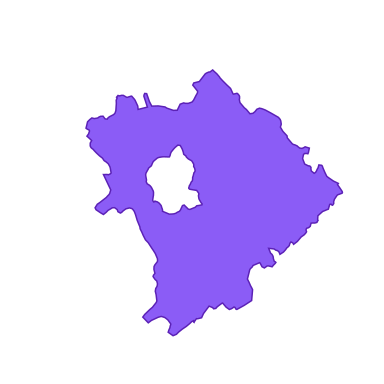 Tanta, Al Gharbiyah, Egypt (Mercator projection), rotated 140°
{"feature_id": "37247803B22733539273982", "entity_name": "Tanta", "entity_type": "district", "adm_level": 2, "iso_a3": "EGY", "parent_name": "Egypt", "parent_adm1": "Al Gharbiyah", "projection": "mercator", "projection_center": [30.984, 30.809], "detail": "fine", "context": "isolated", "style": "filled", "palette": "violet", "viewbox_px": 384, "rotation_deg": 140, "n_neighbors": 0, "source": "geoboundaries", "source_scale": "gbopen_adm2", "svg_char_len": 5943}
<svg xmlns="http://www.w3.org/2000/svg" viewBox="0 0 384 384"><g transform="rotate(140 192 192)"><path d="M74.4,104.5L75.5,107.0L76.6,109.4L78.2,115.2L78.7,117.3L77.6,121.7L76.3,126.0L75.5,128.1L75.5,129.1L77.4,131.2L79.7,129.6L81.6,128.9L83.2,128.1L84.8,127.6L86.4,127.8L87.1,131.5L85.8,133.6L85.0,134.4L85.0,136.0L85.3,136.5L86.1,137.3L87.7,141.0L85.8,146.5L82.4,149.1L81.0,149.1L80.0,148.3L79.2,147.6L78.7,146.8L77.6,147.3L73.9,150.2L76.3,153.9L77.8,154.1L79.7,154.7L80.5,155.6L81.3,156.5L81.8,159.1L81.8,159.7L82.9,162.0L83.7,163.1L84.2,164.4L84.2,172.3L83.1,173.9L83.4,180.0L82.6,184.9L80.4,186.3L79.9,186.8L78.3,189.4L77.8,191.0L77.8,193.6L80.7,201.5L83.1,207.6L84.4,210.0L85.2,211.3L86.5,212.9L87.3,213.1L89.1,213.7L92.0,213.1L94.7,213.1L97.3,214.7L97.3,220.3L97.8,222.9L97.8,229.7L96.2,232.6L95.4,233.1L94.1,234.7L93.8,235.8L93.8,237.9L94.1,238.7L97.3,240.3L97.5,240.8L95.9,246.6L96.5,251.6L97.0,257.4L97.2,261.6L97.0,262.4L97.0,266.6L97.5,270.0L97.7,272.2L101.2,272.4L102.0,273.1L104.4,273.8L105.9,274.0L115.4,271.9L116.2,272.3L120.5,274.4L122.7,273.4L122.9,266.5L122.8,265.8L124.1,264.4L127.1,263.3L131.6,261.4L132.4,261.2L134.2,260.9L137.9,262.3L140.1,264.2L141.1,265.6L144.6,266.9L150.8,264.1L152.4,265.4L153.8,266.5L157.4,272.5L158.0,274.5L162.5,279.6L167.6,283.6L167.1,286.0L166.5,288.6L163.5,296.5L164.9,297.9L166.5,297.1L167.3,296.3L169.8,290.1L171.6,285.7L180.2,289.9L178.3,292.7L176.6,299.0L176.5,300.6L176.6,304.2L177.1,304.6L180.7,306.1L181.1,306.4L181.3,306.9L182.5,310.2L183.9,311.4L184.2,311.5L185.6,312.2L186.1,312.5L186.6,313.5L188.9,313.1L188.9,312.2L191.1,311.0L193.1,308.4L198.0,303.3L200.1,302.0L201.3,301.7L202.9,301.8L206.7,302.7L208.5,302.8L210.1,302.3L211.6,303.9L211.4,307.2L213.3,308.7L214.9,309.2L216.7,309.3L219.7,311.1L221.1,313.1L223.8,313.2L226.9,312.9L229.7,310.8L232.2,309.0L232.1,308.3L231.0,305.4L231.3,304.6L233.4,303.3L233.9,303.0L236.6,302.3L236.1,298.8L235.8,295.9L236.3,295.7L238.5,294.9L240.3,292.8L240.6,292.0L240.8,290.7L240.6,289.4L240.3,288.3L240.3,286.5L240.1,283.3L239.6,279.1L238.8,275.4L239.1,273.3L239.1,272.3L238.5,270.4L238.0,267.5L238.6,264.4L239.1,263.1L241.7,258.6L242.8,258.4L244.9,258.9L245.7,259.9L248.6,262.3L252.9,245.8L254.2,245.0L255.8,243.9L257.1,243.4L259.2,243.2L261.1,242.9L269.5,243.2L272.4,243.5L276.4,242.2L276.9,240.1L275.4,234.8L274.3,231.7L270.9,231.6L268.0,231.9L265.3,231.4L263.2,231.1L261.4,229.8L260.6,226.6L261.4,224.5L260.4,221.9L259.0,221.6L256.9,221.8L253.5,221.6L250.1,220.0L248.7,217.9L248.5,216.8L248.7,214.2L249.8,211.0L252.2,205.5L254.3,198.9L255.4,197.1L256.2,193.7L257.3,190.0L258.4,185.3L258.1,181.3L258.9,175.0L259.2,171.9L259.7,168.4L261.3,163.2L262.7,161.3L263.7,160.8L267.4,160.0L269.0,159.3L270.9,157.2L272.7,153.5L275.1,153.0L276.2,152.2L276.5,148.8L276.2,146.4L277.5,143.8L279.4,142.2L281.8,141.4L283.9,139.6L285.5,136.4L288.9,131.2L290.3,130.4L296.4,129.1L299.8,129.1L306.9,128.6L310.1,127.8L309.6,119.9L305.6,119.7L298.5,117.8L295.6,116.5L294.6,115.1L293.5,113.3L293.0,111.2L292.7,109.3L293.0,105.4L293.0,104.8L293.5,104.1L294.9,103.3L296.2,102.2L298.3,101.2L300.4,99.9L298.9,94.1L295.4,93.0L292.3,93.3L287.5,93.2L282.7,92.7L278.0,92.7L275.6,92.9L273.5,92.4L274.3,91.3L274.2,90.8L273.7,91.1L271.2,91.8L270.0,92.1L269.2,91.3L265.5,89.5L261.3,91.5L252.3,93.6L250.5,90.2L250.5,88.6L248.6,87.5L247.0,87.8L244.9,87.8L240.4,87.5L239.9,87.2L239.9,81.9L238.9,78.0L237.5,77.5L236.7,77.2L233.8,76.9L233.3,76.1L233.6,73.8L233.1,73.2L224.9,71.6L216.1,70.5L208.4,78.2L207.9,80.0L207.4,82.6L206.3,86.3L205.5,89.7L197.5,95.5L195.7,95.8L194.6,95.8L193.6,96.0L192.5,96.5L185.6,94.4L185.6,93.4L186.4,89.7L185.4,87.3L181.9,87.0L180.9,86.2L178.7,83.2L176.7,83.6L174.3,83.8L173.0,84.1L173.0,84.6L173.5,86.2L172.4,88.8L172.2,89.1L171.6,89.9L171.1,91.2L170.8,92.8L171.1,94.6L169.5,99.6L165.8,95.7L165.5,94.9L165.3,93.8L164.7,92.8L164.2,92.2L163.9,90.1L164.7,87.7L160.5,87.2L158.4,87.5L157.1,87.7L155.7,88.2L153.1,88.2L151.8,88.5L150.7,89.3L149.9,89.8L148.3,90.1L147.8,89.0L147.5,88.2L147.8,86.6L143.1,86.4L137.2,87.4L133.5,87.1L131.4,87.4L129.8,87.9L129.3,89.2L128.6,90.1L127.4,90.5L125.6,89.7L123.5,89.7L122.4,90.5L120.8,91.6L119.2,90.5L118.4,89.7L117.1,88.9L115.8,88.4L115.5,88.7L113.7,89.2L113.4,90.2L110.8,92.9L104.4,93.1L102.0,92.3L100.2,91.8L98.6,91.2L94.6,93.9L94.1,93.9L93.3,93.3L93.3,92.3L92.8,91.5L90.9,92.0L89.6,93.6L87.5,94.9L83.0,96.2L82.2,96.2L78.7,94.9L77.7,94.6L77.1,94.9L76.6,95.9L76.1,100.4L75.8,104.1L74.4,104.5ZM192.1,196.9L192.1,196.5L192.1,196.0L191.9,195.5L187.4,190.2L187.6,187.1L187.9,186.3L188.2,186.0L189.5,185.0L191.1,182.3L191.4,181.0L191.9,177.9L191.9,176.5L192.6,175.8L195.1,177.1L197.2,178.4L199.3,178.2L204.8,180.0L205.9,181.3L205.9,181.9L206.4,187.1L208.0,187.7L209.8,186.9L212.5,185.6L214.1,185.3L216.2,185.9L218.0,186.1L219.9,186.9L221.5,188.0L223.6,189.6L227.0,196.2L226.2,197.0L225.4,198.8L225.1,199.8L224.9,200.1L224.4,201.3L224.3,202.3L224.3,204.6L224.9,206.7L225.4,207.5L225.6,207.7L226.2,208.8L226.7,208.5L227.8,209.1L227.5,210.9L227.2,211.2L224.6,213.5L223.8,214.1L221.9,216.2L221.1,217.5L220.1,221.7L220.1,222.7L220.1,223.8L220.3,224.8L221.1,227.2L220.8,228.0L220.6,229.0L220.4,229.4L219.5,230.1L219.0,230.6L218.4,231.7L217.1,234.0L216.3,235.1L215.0,236.1L211.6,237.4L210.8,237.7L210.0,238.2L206.3,238.2L202.8,240.0L201.2,240.3L196.5,240.3L194.6,239.5L194.1,239.2L192.3,238.1L191.2,237.3L190.4,236.6L188.8,235.2L188.0,234.4L186.7,233.4L185.1,234.2L183.8,235.2L182.2,236.0L179.6,236.5L178.0,236.8L176.2,237.0L172.7,237.0L171.1,235.2L171.9,231.2L172.5,229.6L173.0,228.3L174.1,226.2L173.8,224.9L173.5,223.3L173.8,222.8L173.8,221.8L173.6,219.9L173.0,218.1L172.5,217.0L172.2,215.7L172.8,212.3L173.0,212.0L173.6,211.2L174.4,210.4L174.6,208.9L175.2,207.5L175.7,206.8L176.0,206.2L177.0,205.7L178.1,205.5L181.0,203.4L182.1,202.8L182.8,202.0L183.4,201.3L184.4,200.5L185.2,200.2L186.0,200.2L188.1,199.2L188.4,198.9L189.7,198.7L190.5,198.1L191.8,197.3L192.1,196.9Z" fill="#8b5cf6" stroke="#5b21b6" stroke-width="1.5"/></g></svg>